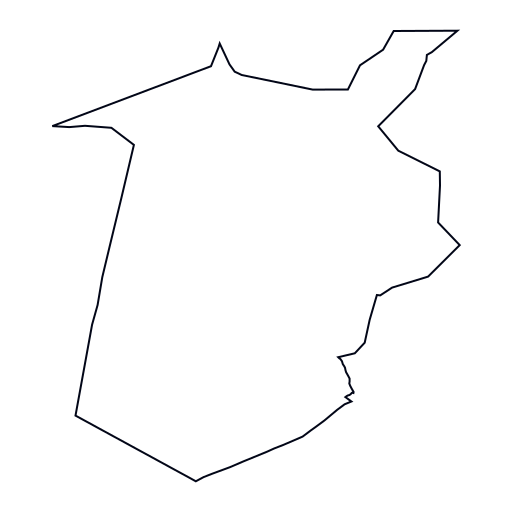 San Miguel Aloápam, Oaxaca, Mexico
{"feature_id": "50627088B87318974422234", "entity_name": "San Miguel Aloápam", "entity_type": "district", "adm_level": 2, "iso_a3": "MEX", "parent_name": "Mexico", "parent_adm1": "Oaxaca", "projection": "albers", "projection_center": [-96.687, 17.434], "detail": "fine", "context": "isolated", "style": "outline", "palette": "ink", "viewbox_px": 512, "rotation_deg": 0, "n_neighbors": 0, "source": "geoboundaries", "source_scale": "gbopen_adm2", "svg_char_len": 1122}
<svg xmlns="http://www.w3.org/2000/svg" viewBox="0 0 512 512"><path d="M219.7,43.5L218.4,47.7L211.0,66.2L52.3,126.1L69.4,127.1L85.0,125.8L111.4,127.8L133.9,144.9L121.3,198.3L110.0,245.0L102.3,277.1L97.6,305.0L92.1,324.6L75.5,415.6L175.0,469.9L189.7,477.9L195.8,481.3L203.6,477.1L212.0,473.8L229.9,467.2L243.4,461.4L267.3,451.6L274.1,448.5L283.1,445.0L302.6,436.6L310.7,430.5L315.6,427.0L324.4,420.5L337.2,409.8L344.6,404.3L351.4,401.5L345.4,397.1L346.7,396.1L348.0,395.4L349.5,395.0L350.6,394.2L351.9,392.8L352.4,392.7L353.4,393.0L353.6,392.0L352.7,390.4L351.6,388.5L350.2,385.8L349.3,383.5L349.6,381.5L349.6,378.6L348.3,376.1L346.1,372.2L345.5,370.2L345.0,367.7L344.2,366.2L342.8,364.1L342.0,361.3L340.4,359.0L339.3,358.3L338.2,357.2L354.8,353.3L364.7,342.7L369.7,319.7L376.9,295.0L380.2,295.4L392.1,287.6L428.1,276.6L459.7,245.1L438.1,222.5L440.0,185.5L439.8,171.4L398.3,150.7L378.2,126.3L415.1,89.1L424.1,65.1L426.3,60.9L426.9,54.9L431.9,52.1L457.4,30.7L393.7,31.0L383.1,49.7L360.0,65.3L347.9,89.5L312.7,89.6L241.7,75.0L238.2,73.3L234.7,71.7L229.5,64.4L219.7,43.5Z" fill="none" stroke="#020617" stroke-width="2"/></svg>